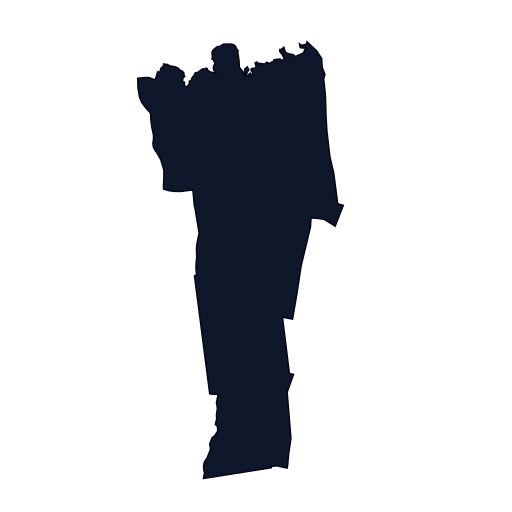 outline of Sagaga le Usoga, Tuamasaga, Samoa, rotated 352°
{"feature_id": "51752279B36122243432927", "entity_name": "Sagaga le Usoga", "entity_type": "district", "adm_level": 2, "iso_a3": "WSM", "parent_name": "Samoa", "parent_adm1": "Tuamasaga", "projection": "robinson", "projection_center": [-171.854, -13.828], "detail": "fine", "context": "isolated", "style": "filled", "palette": "ink", "viewbox_px": 512, "rotation_deg": 352, "n_neighbors": 0, "source": "geoboundaries", "source_scale": "gbopen_adm2", "svg_char_len": 2639}
<svg xmlns="http://www.w3.org/2000/svg" viewBox="0 0 512 512"><g transform="rotate(352 256 256)"><path d="M173.0,469.0L190.8,468.7L241.7,467.8L241.7,466.4L248.5,466.8L249.5,467.5L257.3,470.3L258.2,467.6L260.8,456.5L265.2,441.5L267.9,395.2L276.7,378.5L272.7,376.9L273.7,320.3L283.4,323.6L290.9,300.2L299.3,272.1L313.9,235.1L315.8,226.0L320.9,227.0L328.5,229.1L338.5,237.5L349.5,218.0L344.2,215.7L344.5,184.4L343.0,168.0L343.6,142.2L344.8,127.3L347.1,106.4L347.7,89.9L349.5,85.8L347.8,78.3L348.5,69.6L348.1,68.6L346.4,65.2L344.6,61.1L340.2,55.9L336.4,51.0L335.4,53.3L330.5,53.8L328.6,52.0L328.8,55.8L331.7,56.7L333.7,56.7L334.4,57.6L332.6,58.8L332.6,59.9L330.2,61.9L322.7,63.9L320.8,61.8L316.2,60.2L313.4,58.2L312.6,53.1L309.8,55.0L308.3,54.8L308.0,56.8L310.1,60.6L311.4,63.9L310.2,65.3L307.6,65.9L307.3,64.3L302.4,64.1L300.9,64.4L300.0,66.3L298.7,66.0L296.7,67.3L293.4,65.7L291.2,67.2L287.7,66.0L287.3,67.1L285.6,65.3L284.1,65.5L283.7,64.0L282.0,64.6L282.5,69.0L280.6,70.1L278.8,69.6L277.2,70.0L277.2,72.2L278.1,73.8L278.1,75.9L276.6,76.1L275.9,74.2L274.6,74.6L273.7,76.7L272.4,76.4L272.1,74.4L273.2,72.3L274.8,70.8L273.8,67.5L271.1,69.1L270.0,72.6L270.6,75.0L269.7,76.0L268.2,70.8L265.8,66.9L266.4,59.5L266.3,51.4L267.0,50.5L266.1,49.3L264.8,45.3L263.2,43.6L260.3,42.5L253.2,41.7L250.7,42.8L248.3,43.5L247.0,43.2L242.5,45.8L241.2,47.3L240.6,49.1L240.5,52.5L239.8,55.0L241.1,55.3L241.5,57.8L242.7,58.8L240.6,61.8L239.9,64.2L240.0,66.1L242.7,68.5L240.2,68.6L236.4,67.5L233.7,65.0L233.9,63.8L232.8,63.0L231.3,64.0L229.9,63.2L227.9,63.8L223.7,66.2L221.5,66.0L219.7,68.7L217.5,70.6L215.9,73.6L214.3,73.5L213.7,76.7L212.0,77.9L212.1,78.8L209.7,78.8L208.9,76.1L209.4,74.0L207.4,73.1L208.5,69.6L210.5,68.1L209.9,67.3L210.0,64.5L208.5,62.5L206.6,61.3L204.9,59.0L202.4,57.5L196.9,55.6L195.1,54.1L191.2,53.0L190.6,55.4L188.2,56.5L186.3,60.6L184.2,59.9L180.8,67.6L175.2,64.6L172.6,64.0L163.6,63.5L162.5,73.4L162.8,82.3L163.8,86.9L165.0,89.6L167.8,94.6L171.1,99.2L171.4,101.7L170.9,105.5L170.7,112.6L171.3,122.1L170.9,125.5L169.6,129.9L169.5,133.4L170.6,137.2L172.3,140.1L175.1,147.4L176.7,157.9L176.0,163.6L174.0,174.4L173.8,176.9L178.4,179.0L183.4,180.5L190.2,181.6L202.7,181.8L201.9,198.0L202.2,199.2L202.9,225.3L199.8,233.8L198.1,240.0L197.1,249.2L195.7,254.9L194.8,259.7L194.5,266.2L192.3,267.3L192.0,296.3L191.0,386.1L196.2,387.3L199.2,387.7L196.4,395.8L196.6,401.2L194.7,408.0L194.4,411.9L192.3,417.1L193.8,418.8L194.1,420.9L193.6,424.2L190.1,428.2L187.3,429.8L184.2,435.2L183.8,437.1L184.3,438.9L183.8,441.6L179.1,449.7L176.2,452.7L174.8,456.7L174.5,461.0L174.9,463.4L173.0,469.0Z" fill="#0f172a" stroke="#020617" stroke-width="1.5"/></g></svg>